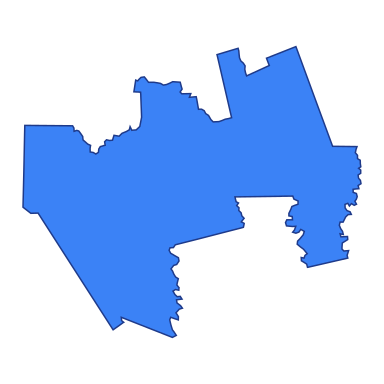 the district of Cainguás, Misiones, Argentina
{"feature_id": "61730980B26117971223788", "entity_name": "Cainguás", "entity_type": "district", "adm_level": 2, "iso_a3": "ARG", "parent_name": "Argentina", "parent_adm1": "Misiones", "projection": "robinson", "projection_center": [-54.723, -27.156], "detail": "fine", "context": "isolated", "style": "filled", "palette": "blue", "viewbox_px": 384, "rotation_deg": 0, "n_neighbors": 0, "source": "geoboundaries", "source_scale": "gbopen_adm2", "svg_char_len": 4092}
<svg xmlns="http://www.w3.org/2000/svg" viewBox="0 0 384 384"><path d="M266.5,58.2L268.3,63.0L269.3,65.5L266.0,67.0L246.6,75.9L245.5,72.7L244.8,69.3L245.1,65.9L243.3,63.1L240.8,60.9L239.5,57.8L239.1,54.4L238.8,50.9L238.1,48.3L217.0,54.6L217.9,58.4L231.6,117.7L229.9,118.2L228.4,118.6L225.2,119.2L222.1,120.5L219.0,121.6L213.2,121.9L210.9,119.6L208.5,115.4L205.7,113.6L204.2,110.7L201.6,109.2L199.8,109.2L198.5,109.3L196.8,99.6L196.2,96.7L189.4,97.3L190.8,93.6L181.8,93.8L181.7,93.7L180.1,92.0L182.1,89.1L181.4,86.8L180.2,82.2L172.7,81.7L169.7,83.2L166.6,84.5L163.4,85.1L160.5,83.4L157.2,82.8L154.0,82.3L150.7,82.3L149.7,82.3L148.5,82.3L146.1,79.1L144.3,76.9L141.0,77.4L139.0,79.3L137.7,80.9L135.7,80.1L133.9,91.8L137.1,92.0L138.0,92.0L140.6,92.2L140.7,93.9L140.8,94.8L140.8,95.8L141.6,117.2L139.8,126.5L136.2,129.9L132.4,130.2L131.8,130.3L131.7,130.0L130.1,126.7L129.3,129.8L126.4,131.5L122.0,133.3L119.1,136.2L114.0,135.3L112.5,140.2L109.6,140.5L106.5,139.8L104.6,141.8L105.2,145.2L103.3,145.7L102.9,145.9L100.3,146.6L98.8,149.0L98.4,152.4L95.8,154.0L93.3,152.5L92.3,152.3L90.2,152.0L90.1,148.6L90.2,147.7L90.4,146.4L90.6,145.4L88.2,144.3L87.6,144.0L85.3,141.9L83.1,140.0L82.9,138.8L82.7,136.5L80.8,133.7L78.8,131.0L76.8,130.4L74.1,131.3L73.9,128.0L72.6,125.8L24.8,125.4L24.6,133.6L23.9,169.2L23.9,169.3L23.0,207.2L23.5,207.6L30.8,213.3L38.1,213.1L60.9,248.6L92.4,297.6L113.1,329.8L121.0,324.2L123.0,322.7L123.7,322.3L121.6,320.6L121.3,317.3L172.4,337.4L175.9,335.6L176.3,335.4L174.4,332.5L174.3,332.3L172.4,329.8L170.9,324.9L169.7,319.8L170.7,317.3L175.3,318.9L177.7,319.7L178.3,319.9L178.4,316.6L178.2,316.3L176.0,312.8L178.1,310.5L179.2,309.2L181.7,308.4L182.0,308.3L182.4,308.2L182.2,307.9L180.6,305.7L177.1,303.0L177.0,302.9L176.5,299.8L182.0,299.1L180.3,296.5L180.3,296.4L179.7,296.4L177.2,296.7L175.1,294.7L174.9,294.5L173.0,291.1L175.5,289.5L176.3,289.7L178.8,290.2L179.0,287.6L178.8,287.5L176.9,285.0L177.2,283.2L177.5,281.9L178.3,278.7L175.6,277.0L173.8,274.1L173.2,272.6L172.6,271.1L171.0,268.9L173.7,265.4L176.7,264.5L177.4,263.4L179.0,261.0L178.4,257.7L174.3,255.4L172.7,254.4L170.7,253.3L169.1,250.3L170.0,247.8L173.4,247.6L175.3,244.8L197.8,239.1L242.1,227.7L243.4,227.3L243.8,225.5L244.2,223.5L244.2,223.4L243.3,222.9L241.3,221.9L241.7,221.3L244.1,218.3L241.8,215.8L241.1,212.8L238.8,210.5L239.0,207.8L236.7,205.6L238.5,203.0L236.1,201.7L235.8,200.3L235.5,199.3L235.0,196.9L280.2,196.3L282.3,196.2L292.8,196.1L293.9,199.1L294.2,199.2L294.3,199.3L298.1,201.0L298.0,204.2L297.3,204.5L294.8,205.3L291.9,206.5L290.8,209.4L288.9,213.3L288.9,215.9L291.1,216.3L292.2,216.5L292.5,219.8L289.9,219.8L289.6,219.8L286.8,219.8L285.5,222.6L286.5,225.9L292.5,226.5L295.8,226.3L294.5,229.9L293.8,230.8L292.7,232.2L295.9,233.2L297.5,232.6L298.9,232.1L300.8,229.4L304.3,231.4L303.4,234.2L303.3,234.7L300.0,238.7L297.6,241.1L297.2,244.2L298.4,245.2L300.8,247.2L303.5,249.2L305.4,251.5L307.2,253.7L306.4,254.3L305.0,255.4L304.0,258.1L301.2,257.5L301.4,260.8L304.1,262.4L305.0,263.0L306.7,264.1L307.5,267.3L307.8,267.3L346.9,258.3L347.8,258.1L347.5,256.9L347.1,255.3L347.6,253.8L348.6,250.6L344.0,251.0L343.9,251.0L342.0,249.1L342.0,247.1L342.1,245.8L342.2,244.4L342.3,243.0L345.0,241.3L347.7,239.6L347.7,238.9L347.5,236.5L344.2,236.7L342.1,236.8L340.9,236.8L340.6,235.6L340.1,233.8L342.7,234.4L343.3,234.5L342.5,231.3L340.6,228.5L339.9,226.7L339.3,225.3L340.1,222.1L343.1,222.1L344.4,219.5L345.7,216.9L348.1,214.6L351.3,214.4L350.1,211.8L348.0,211.0L347.0,210.6L345.1,207.9L345.0,204.4L347.8,203.3L349.4,206.0L351.4,203.6L354.2,205.3L355.9,204.5L356.5,204.2L355.3,202.0L354.9,201.2L356.3,199.3L357.0,197.3L357.2,196.5L356.4,193.5L354.2,192.7L353.2,192.4L353.1,189.3L356.3,188.9L358.9,188.7L358.1,185.5L361.0,183.7L360.8,182.5L360.4,180.3L358.6,178.3L358.5,177.9L358.1,175.0L360.7,173.3L360.7,172.6L360.7,170.1L358.6,168.3L360.8,166.8L360.3,163.4L360.3,161.9L360.2,160.2L358.7,159.4L357.5,158.6L357.5,156.3L357.5,155.3L356.4,154.0L355.3,152.7L355.6,151.5L356.0,149.5L357.0,146.6L332.6,146.3L316.8,103.5L297.3,50.4L295.9,46.6L266.5,58.2Z" fill="#3b82f6" stroke="#1e3a8a" stroke-width="1.5"/></svg>